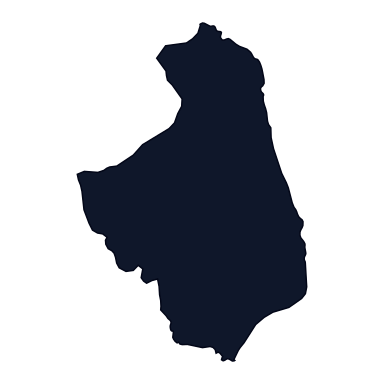 Podlachian, Albers equal-area conic projection
{"feature_id": "POL-3150", "entity_name": "Podlachian", "entity_type": "Voivodeship", "adm_level": 1, "iso_a3": "POL", "parent_name": "Poland", "parent_adm1": "", "projection": "albers", "projection_center": [22.977, 53.341], "detail": "fine", "context": "isolated", "style": "filled", "palette": "ink", "viewbox_px": 384, "rotation_deg": 0, "n_neighbors": 0, "source": "natural_earth", "source_scale": "10m", "svg_char_len": 2482}
<svg xmlns="http://www.w3.org/2000/svg" viewBox="0 0 384 384"><path d="M202.5,23.0L204.4,23.3L210.0,26.2L211.0,26.3L213.1,25.9L214.1,26.1L215.1,27.1L215.6,28.4L216.0,29.6L216.6,30.6L217.6,31.3L220.8,31.7L221.4,32.6L221.1,34.1L220.5,35.9L220.5,37.6L222.2,40.0L224.3,40.0L226.6,39.0L228.4,38.6L230.1,39.4L235.9,44.2L239.5,46.4L247.0,49.2L248.9,50.8L250.6,52.3L251.5,53.7L253.2,56.9L254.1,58.1L255.0,58.8L257.1,59.3L257.9,59.8L259.5,62.1L260.8,65.3L261.9,68.9L262.6,72.3L264.0,79.7L264.1,83.3L262.7,85.8L261.6,86.7L261.1,87.3L260.6,88.0L260.6,89.8L261.0,91.2L261.7,92.3L262.7,93.2L263.3,93.9L263.6,94.7L263.5,95.6L263.1,96.5L263.3,101.2L264.3,105.0L265.6,108.7L266.6,112.7L267.5,121.2L268.5,124.5L270.8,127.8L271.1,137.6L273.5,148.7L281.7,173.4L286.3,182.7L288.3,187.8L292.2,202.8L294.0,207.3L295.7,209.6L296.7,211.8L297.5,214.2L298.6,216.6L300.4,218.5L302.0,219.7L303.0,221.6L302.9,225.5L302.0,227.8L300.9,229.7L300.0,232.0L299.9,235.1L300.8,237.8L303.7,241.5L304.9,243.8L305.0,245.0L304.8,247.0L304.9,248.0L305.7,252.4L305.8,253.7L305.5,254.7L304.5,256.8L304.2,258.1L304.3,259.8L304.7,260.8L305.1,261.6L305.3,262.8L306.4,282.1L306.7,286.9L305.4,293.7L301.6,298.5L288.9,307.4L272.8,312.2L264.2,317.3L255.7,324.5L244.0,342.8L240.1,347.6L238.3,350.4L233.8,359.7L234.1,359.8L234.8,360.4L234.0,360.9L232.3,361.0L229.2,359.1L227.4,358.7L226.1,359.3L224.7,360.3L223.1,360.8L221.5,359.8L221.7,359.0L222.2,357.4L222.7,356.5L220.0,353.2L218.2,352.1L216.1,353.2L215.2,349.6L213.0,347.4L210.1,346.5L202.5,347.6L187.4,344.4L182.2,344.6L179.9,344.0L178.7,342.2L177.1,342.9L175.1,341.3L173.5,339.0L172.8,337.3L173.4,332.0L173.2,331.2L171.8,331.0L171.0,330.3L170.5,328.9L170.2,326.9L170.3,325.5L170.7,324.2L171.1,322.9L170.8,321.3L170.2,320.4L168.0,318.5L166.1,315.7L160.7,309.9L161.0,306.4L160.7,300.5L159.6,294.8L159.1,286.5L157.6,279.0L152.0,280.5L146.6,283.2L143.6,281.1L141.2,277.7L142.8,268.9L138.2,265.3L133.3,270.4L126.0,271.4L119.2,267.8L116.7,263.1L115.5,257.2L114.1,253.2L111.8,250.7L108.2,248.7L105.8,244.2L105.5,240.2L107.1,237.3L102.7,233.9L97.5,233.0L92.5,230.1L89.1,223.3L84.0,209.8L82.0,191.4L80.6,185.1L78.5,179.9L77.3,174.3L84.3,171.4L97.9,172.4L103.9,170.4L106.7,168.3L109.7,167.0L116.8,166.1L133.3,155.1L142.6,144.7L169.1,128.6L174.5,122.9L177.8,113.6L181.7,106.3L182.1,98.9L172.2,84.9L167.5,80.2L166.5,75.7L166.0,71.0L156.7,58.2L165.6,45.8L186.4,43.0L192.6,38.8L197.9,33.3L200.3,25.6L200.0,24.4L200.2,24.1L202.5,23.0Z" fill="#0f172a" stroke="#020617" stroke-width="1.5"/></svg>